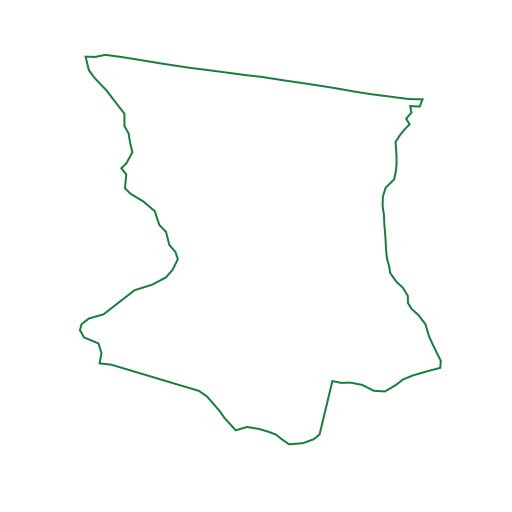 Mataraca, Paraíba, Brazil, rotated 279°
{"feature_id": "56859067B64684814426718", "entity_name": "Mataraca", "entity_type": "district", "adm_level": 2, "iso_a3": "BRA", "parent_name": "Brazil", "parent_adm1": "Paraíba", "projection": "equal_earth", "projection_center": [-35.042, -6.555], "detail": "fine", "context": "isolated", "style": "outline", "palette": "green", "viewbox_px": 512, "rotation_deg": 279, "n_neighbors": 0, "source": "geoboundaries", "source_scale": "gbopen_adm2", "svg_char_len": 1512}
<svg xmlns="http://www.w3.org/2000/svg" viewBox="0 0 512 512"><g transform="rotate(279 256 256)"><path d="M125.5,118.3L126.0,130.2L113.8,220.8L109.5,229.7L97.4,244.1L91.1,250.2L80.7,263.2L85.7,273.8L85.7,285.5L84.4,295.7L82.7,303.7L78.8,310.5L75.2,318.1L78.4,331.5L84.1,341.8L89.7,346.7L144.4,351.0L144.0,359.9L145.7,369.2L145.3,380.9L141.3,393.4L142.4,404.5L150.1,413.9L157.0,420.5L162.6,429.6L168.8,442.9L174.4,455.5L181.4,454.9L189.4,449.2L196.4,444.3L204.0,439.3L215.0,434.1L223.2,425.6L228.1,417.9L233.4,413.4L240.4,412.2L247.7,405.9L252.4,398.8L260.3,391.1L266.8,389.1L273.6,385.9L280.4,384.0L288.1,382.3L296.4,380.5L307.4,377.8L316.3,376.0L325.4,373.2L334.5,372.0L343.8,373.4L353.3,380.5L362.6,380.9L369.2,380.4L376.5,379.2L382.7,377.8L390.5,376.0L398.3,379.5L404.0,382.8L410.0,387.1L415.2,382.8L421.8,387.1L428.2,384.9L429.2,394.3L436.8,396.0L434.9,382.3L434.2,357.3L433.8,343.9L433.8,327.9L434.1,312.2L434.2,300.1L434.1,277.8L433.8,254.7L433.8,233.7L433.2,221.3L432.8,208.8L432.2,182.4L431.5,160.5L431.3,131.5L431.5,105.2L431.5,92.4L431.1,75.8L427.5,66.1L426.2,56.5L413.3,61.9L406.6,68.7L396.4,82.1L375.9,103.8L363.9,105.7L356.9,111.1L347.6,114.1L339.1,117.7L327.1,113.4L321.6,109.2L316.3,115.1L302.3,116.0L297.7,122.6L292.1,136.5L284.4,149.0L271.6,155.6L265.8,163.3L253.3,168.7L247.4,175.8L240.6,179.3L229.4,175.8L220.8,170.4L211.6,158.2L203.2,141.4L174.6,114.6L168.1,100.7L161.5,94.4L155.2,93.7L148.6,99.0L145.0,114.1L135.7,118.6L125.5,118.3Z" fill="none" stroke="#15803d" stroke-width="2"/></g></svg>